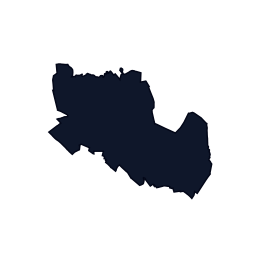 the district of Santau, Satu Mare, Romania, rotated 49°
{"feature_id": "2599482B85959767419228", "entity_name": "Santau", "entity_type": "district", "adm_level": 2, "iso_a3": "ROU", "parent_name": "Romania", "parent_adm1": "Satu Mare", "projection": "robinson", "projection_center": [22.467, 47.514], "detail": "fine", "context": "isolated", "style": "filled", "palette": "ink", "viewbox_px": 256, "rotation_deg": 49, "n_neighbors": 0, "source": "geoboundaries", "source_scale": "gbopen_adm2", "svg_char_len": 5500}
<svg xmlns="http://www.w3.org/2000/svg" viewBox="0 0 256 256"><g transform="rotate(49 128 128)"><path d="M84.4,190.0L84.5,190.1L87.7,189.9L89.9,189.6L90.8,189.3L92.4,188.9L95.3,188.5L100.8,188.1L101.2,188.0L104.7,188.0L105.4,187.8L107.2,187.8L111.3,187.3L111.1,184.2L111.6,182.1L112.3,179.4L112.5,179.0L109.8,176.0L108.7,176.7L108.9,176.4L109.0,176.3L109.5,173.9L117.6,170.0L119.4,172.4L124.6,171.1L125.1,170.7L123.0,169.2L125.3,166.4L129.4,161.8L129.5,161.8L130.6,163.5L131.1,164.1L131.8,165.2L132.0,165.4L132.2,165.2L133.3,164.8L134.0,164.5L134.3,164.7L134.6,164.9L135.2,165.8L135.5,166.1L136.0,165.7L137.0,165.4L137.4,165.4L137.5,165.6L137.7,166.2L138.0,166.2L138.3,166.1L138.6,166.0L139.3,167.4L140.3,167.2L142.0,166.9L144.6,166.7L145.7,166.7L146.2,166.8L146.7,166.8L147.4,166.6L147.8,166.4L148.7,166.3L152.4,165.7L152.1,164.8L151.5,164.1L151.1,163.3L150.9,162.8L150.8,162.6L150.6,162.1L150.4,161.4L150.2,160.6L150.2,160.2L150.3,159.3L150.2,158.6L151.4,158.6L154.0,158.4L160.3,157.7L160.9,157.4L167.9,158.6L168.0,158.5L168.1,158.4L177.4,157.0L178.9,156.8L179.1,156.3L179.5,155.4L179.6,154.8L179.9,153.9L180.0,153.3L179.8,152.6L178.4,150.7L178.0,150.2L176.7,149.7L175.7,149.0L175.7,148.8L175.9,148.6L176.6,148.3L177.4,148.2L177.8,148.2L178.0,148.4L178.0,148.6L181.1,148.8L186.4,149.2L186.6,147.7L186.6,147.2L186.7,146.8L186.8,146.3L187.2,146.0L187.5,145.8L187.8,145.9L187.9,146.0L188.1,146.0L188.4,145.6L188.6,145.5L188.8,145.6L188.9,145.9L188.8,146.2L188.8,146.3L189.0,146.3L189.1,146.0L189.2,145.9L189.6,145.9L189.8,145.9L190.0,146.0L190.1,145.6L190.5,145.4L191.0,145.4L191.3,145.5L191.5,145.8L191.4,145.9L191.6,145.7L192.4,144.5L194.6,140.1L195.0,139.1L195.6,138.3L195.7,138.2L199.0,135.3L199.3,135.1L199.7,135.0L199.9,135.1L200.1,135.2L200.5,135.7L202.4,134.5L202.8,134.0L202.9,133.6L206.5,135.2L207.2,134.1L209.8,130.1L210.4,130.3L212.0,127.7L215.4,126.9L217.2,126.6L217.3,126.5L218.6,126.3L220.4,126.1L223.0,126.0L221.9,122.3L219.7,119.4L222.7,118.6L218.3,103.3L217.5,100.2L216.6,96.1L216.1,96.0L215.8,95.8L210.1,88.5L209.9,88.4L209.0,88.4L208.2,88.2L207.4,88.0L205.5,87.9L205.2,87.9L204.3,87.0L204.2,86.6L204.1,85.9L204.1,85.7L203.9,85.6L203.5,85.5L203.2,85.3L201.9,83.5L201.7,83.3L199.9,82.5L199.0,82.1L198.7,81.9L198.6,81.7L198.3,81.3L197.8,80.9L197.5,80.9L196.8,81.1L196.3,81.2L195.9,81.0L195.5,80.3L195.2,79.9L194.7,79.5L194.0,79.5L193.8,79.4L193.2,79.2L191.3,77.6L190.4,76.9L188.0,74.9L186.4,73.8L185.1,72.8L184.6,72.4L183.4,71.4L181.6,70.0L179.9,68.3L179.5,68.0L177.4,66.8L177.0,66.4L176.3,65.6L175.7,65.9L168.6,66.2L168.4,66.2L161.1,68.1L160.0,68.4L158.6,69.1L156.8,72.9L156.7,72.9L160.5,82.0L161.6,85.8L162.3,88.3L162.8,93.9L162.9,95.5L161.5,96.2L157.1,98.2L153.0,100.1L144.2,103.9L142.6,104.7L142.5,104.9L142.4,105.1L139.9,103.8L138.3,103.0L132.0,99.6L131.4,99.1L130.6,98.6L130.2,98.1L129.9,97.5L129.8,97.0L129.6,95.9L129.7,95.3L129.6,95.1L128.3,93.9L127.0,92.8L125.5,91.4L122.1,89.8L115.2,87.4L110.3,85.6L110.3,85.2L110.5,84.9L109.3,84.6L108.4,84.5L105.1,83.9L104.3,83.8L101.6,88.5L98.6,85.7L94.8,82.1L92.5,83.6L90.7,84.8L89.3,85.9L89.0,85.8L87.8,86.8L87.4,87.2L87.1,87.8L86.7,89.0L86.5,90.8L86.4,91.3L85.7,94.5L85.6,94.8L85.2,95.3L84.5,96.2L83.5,95.9L82.3,95.7L81.7,95.3L81.5,95.1L81.1,94.4L80.7,93.9L81.0,93.8L80.8,93.8L79.9,93.5L79.6,93.5L79.3,93.7L78.6,93.8L78.4,93.9L78.6,94.2L78.7,94.4L78.2,94.8L78.6,95.3L78.9,95.8L79.0,96.2L83.7,96.5L83.8,96.6L83.5,97.2L83.4,97.3L83.3,98.2L84.4,99.9L84.6,100.1L85.3,101.3L86.2,102.4L81.4,102.2L78.8,102.2L78.8,102.4L78.7,104.1L74.9,103.9L73.7,103.9L73.5,104.0L73.4,104.1L73.4,104.3L73.7,105.1L73.8,106.4L73.8,106.6L73.1,106.6L72.7,106.4L72.4,106.4L72.2,106.4L71.9,106.6L71.7,106.8L71.5,107.1L71.5,107.4L71.5,107.5L71.6,107.8L72.7,107.9L73.0,108.0L73.1,108.3L73.1,108.6L73.0,108.9L72.8,109.1L72.6,109.2L72.1,109.4L72.0,109.5L71.9,109.8L71.8,110.1L72.0,110.4L72.7,111.1L73.0,111.5L73.3,111.9L73.4,112.2L73.5,112.7L73.6,113.4L73.5,113.5L73.2,113.6L72.3,113.0L72.0,112.9L71.9,113.0L71.7,113.0L71.1,113.6L70.8,114.0L70.6,114.4L70.6,114.6L70.7,115.0L70.8,115.2L70.9,115.6L70.8,116.1L70.4,117.0L70.2,117.3L69.9,117.5L69.1,117.8L68.9,118.0L68.9,118.3L68.8,118.5L68.4,118.8L67.9,119.0L66.4,119.0L65.9,119.2L64.9,119.7L64.8,120.0L64.8,120.7L64.7,120.8L64.0,120.9L63.5,121.1L62.6,121.5L62.3,121.8L61.8,122.1L60.8,122.5L60.4,122.7L60.3,123.2L60.1,124.2L60.2,124.5L60.5,124.9L60.6,125.0L60.5,125.4L60.3,125.8L59.8,127.3L59.6,127.8L59.5,128.2L59.3,128.4L58.9,128.6L58.4,128.6L58.1,128.4L57.7,127.6L57.4,127.4L57.3,127.5L57.2,127.7L57.0,128.7L56.9,129.0L56.7,129.9L56.0,130.6L55.7,131.1L55.5,131.4L55.2,131.6L54.4,132.2L54.1,132.5L54.2,133.0L54.7,134.2L54.1,134.4L53.9,134.6L53.1,136.1L52.4,137.0L52.3,136.8L52.2,136.2L52.1,135.9L51.5,135.0L50.3,133.7L49.7,133.1L48.1,131.9L47.8,131.7L46.8,131.5L45.2,131.5L44.6,131.6L43.3,132.1L42.9,132.1L42.6,132.1L40.5,131.8L40.3,132.2L39.0,133.7L37.7,134.9L37.7,135.0L37.3,135.3L36.1,136.5L35.3,137.1L35.0,137.5L34.7,137.8L34.1,138.5L34.0,138.8L33.0,140.4L40.1,145.5L40.1,145.9L40.1,146.2L40.0,147.6L39.9,148.8L39.8,149.3L39.8,150.0L40.5,150.8L41.0,151.4L41.3,151.9L42.4,153.2L42.6,153.4L46.0,155.8L51.1,159.6L50.4,160.1L66.3,168.3L68.1,169.2L68.3,169.4L69.6,168.7L70.0,168.5L70.6,168.1L71.9,167.5L73.8,166.8L75.2,166.2L78.5,165.0L79.3,165.6L79.8,166.1L78.8,167.5L78.0,168.5L77.9,168.8L77.7,169.0L77.6,169.7L77.5,170.0L76.9,171.3L76.7,172.1L76.3,172.9L76.2,173.1L75.2,174.6L74.8,175.7L78.3,175.5L80.2,175.5L80.1,179.7L79.9,179.9L79.2,190.4L84.4,190.0Z" fill="#0f172a" stroke="#020617" stroke-width="1.5"/></g></svg>